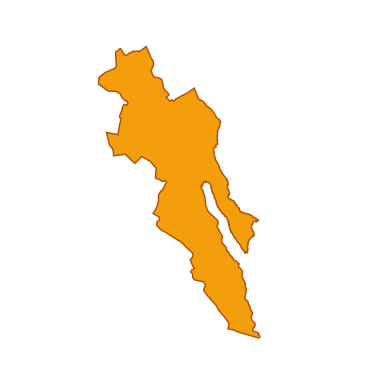 the district of Eid nor, Sogn og Fjordane, Norway, rotated 245°
{"feature_id": "86288312B38432559775747", "entity_name": "Eid nor", "entity_type": "district", "adm_level": 2, "iso_a3": "NOR", "parent_name": "Norway", "parent_adm1": "Sogn og Fjordane", "projection": "orthographic", "projection_center": [5.985, 61.929], "detail": "fine", "context": "isolated", "style": "filled", "palette": "amber", "viewbox_px": 384, "rotation_deg": 245, "n_neighbors": 0, "source": "geoboundaries", "source_scale": "gbopen_adm2", "svg_char_len": 6084}
<svg xmlns="http://www.w3.org/2000/svg" viewBox="0 0 384 384"><g transform="rotate(245 192 192)"><path d="M114.0,156.5L111.4,157.1L105.6,164.5L103.8,164.9L102.3,165.1L98.1,161.0L92.5,161.9L78.9,166.0L73.7,166.3L64.9,168.7L57.1,170.0L52.8,166.8L49.2,171.7L45.8,174.4L31.6,190.6L31.8,192.2L33.8,192.5L33.9,192.3L34.7,192.0L35.1,192.5L36.4,192.3L37.4,191.7L39.4,189.1L41.0,188.6L42.2,189.3L42.4,189.9L42.8,190.1L43.2,191.2L44.1,192.5L45.1,193.4L45.7,193.5L47.8,193.2L50.0,192.2L53.4,192.6L56.1,194.9L56.4,195.7L56.8,195.9L58.9,195.4L60.0,195.7L61.9,195.4L63.5,196.0L64.5,195.7L64.7,195.8L64.2,195.9L64.7,196.1L66.1,195.8L68.6,196.3L70.1,196.1L71.7,195.0L73.8,195.3L74.8,195.5L75.3,196.3L76.4,197.1L77.4,198.2L78.9,198.7L79.3,199.2L79.7,199.1L81.0,200.3L82.9,200.2L87.5,201.7L88.8,201.8L89.9,201.4L91.7,201.7L92.6,201.2L93.5,201.2L96.3,202.6L97.4,203.8L99.5,204.2L105.4,202.7L106.2,203.3L106.6,204.2L107.1,204.3L110.6,202.9L112.0,201.6L113.2,201.1L116.0,200.9L119.1,199.7L119.7,199.9L122.2,199.6L123.7,198.5L124.3,199.1L125.7,199.0L126.5,199.7L127.1,199.6L134.0,197.6L135.1,198.3L136.4,198.4L136.6,198.9L136.9,198.9L136.9,199.3L137.6,200.1L139.6,200.8L145.6,200.1L145.5,200.4L146.2,200.5L146.3,200.1L150.4,199.9L150.7,200.1L151.4,201.5L152.2,202.2L153.1,202.3L153.5,202.8L154.5,203.3L157.2,202.5L165.8,199.0L168.7,198.3L174.9,198.9L178.0,200.2L183.1,201.7L186.7,202.0L188.7,202.6L189.8,202.1L191.4,202.0L192.3,202.3L192.5,202.9L192.8,202.9L192.6,202.8L192.5,202.4L193.0,202.6L192.8,203.3L193.2,203.9L194.2,203.3L195.0,204.7L194.4,205.1L195.4,206.4L196.1,206.5L196.3,207.1L196.2,207.9L196.1,208.2L195.7,208.1L195.6,208.5L196.0,208.6L195.3,209.6L195.0,209.5L194.7,208.3L194.9,208.0L194.6,208.3L194.9,209.8L193.4,211.3L189.1,212.0L188.7,211.9L188.4,211.0L187.5,211.4L186.2,210.8L183.7,210.6L183.8,210.3L183.1,210.2L182.2,210.5L180.5,210.3L180.5,210.6L177.2,209.9L174.1,210.1L173.2,209.7L172.2,209.9L172.2,209.6L170.3,209.2L167.7,209.1L167.3,209.2L167.3,209.5L166.6,209.2L164.4,209.8L163.5,209.7L163.5,210.0L160.0,210.3L159.3,210.5L159.1,211.0L158.6,211.3L156.1,211.6L155.9,212.1L155.1,212.1L155.0,212.4L150.7,212.7L150.7,212.4L149.8,212.4L148.8,211.9L148.5,211.9L148.5,212.3L147.8,211.7L146.6,211.5L146.6,211.9L146.2,211.7L146.3,211.3L144.9,211.0L142.0,210.9L141.4,210.8L141.4,210.4L140.5,210.7L139.1,210.4L139.1,210.8L138.3,210.6L137.0,211.1L136.2,210.9L135.3,211.2L133.7,211.1L131.6,211.5L131.6,211.8L128.0,212.1L125.3,213.0L122.2,213.4L120.3,213.2L120.3,213.5L117.1,213.8L116.6,214.1L116.6,214.4L114.7,214.1L114.7,214.5L114.3,214.5L114.2,215.4L113.7,216.1L114.6,216.3L114.5,217.1L115.1,216.8L115.1,217.2L116.2,217.9L116.2,218.4L119.3,219.3L119.3,219.6L121.7,220.8L121.5,221.1L122.5,221.3L122.9,222.2L123.3,222.4L123.3,222.9L124.2,223.5L124.3,224.0L124.6,224.0L125.5,226.0L126.0,226.5L125.9,229.0L126.3,229.8L126.5,229.2L126.6,229.5L127.8,229.9L127.8,230.4L129.5,230.8L134.2,230.7L136.9,232.1L136.9,232.6L137.4,232.8L137.3,233.3L137.7,233.3L138.2,234.1L138.6,234.3L139.1,235.5L139.0,236.2L138.5,237.6L137.8,237.5L137.9,238.6L138.2,239.3L138.1,240.1L138.4,240.2L138.8,240.3L139.1,239.6L139.6,239.2L141.0,239.0L141.0,238.4L141.4,238.3L141.7,237.7L142.6,237.5L143.0,237.0L144.6,236.7L145.1,236.0L146.2,235.6L146.2,235.3L147.1,235.2L147.3,234.3L148.3,233.8L148.9,232.5L149.3,232.5L149.4,232.0L150.0,231.6L150.7,230.1L151.5,230.0L151.4,229.7L151.5,229.3L152.0,229.3L152.5,228.5L153.6,228.0L153.7,227.6L154.0,227.7L154.2,227.3L156.4,227.4L156.4,227.8L157.5,227.9L158.4,227.3L160.3,226.6L161.2,226.6L161.1,227.1L161.7,227.2L162.2,226.6L163.4,226.4L163.4,226.0L164.6,226.3L166.2,226.1L166.7,225.9L167.7,224.7L169.1,224.0L169.2,223.7L169.9,223.4L170.3,222.8L171.6,222.5L173.3,223.1L173.5,223.3L173.4,224.0L174.3,224.2L174.3,224.8L174.6,224.8L174.4,225.3L175.8,225.8L181.1,226.0L182.8,226.6L182.7,226.9L182.9,227.3L183.5,227.5L183.5,227.8L184.0,227.8L184.0,228.2L186.7,228.9L187.9,229.0L187.9,228.7L189.5,229.0L189.7,228.6L195.5,227.5L195.5,227.1L199.5,227.4L199.8,227.3L199.8,227.0L201.1,227.0L204.6,227.6L211.2,226.9L219.0,228.6L219.1,228.9L221.8,229.3L222.7,231.2L222.6,232.4L223.0,233.1L224.4,233.3L224.7,233.7L224.7,235.7L226.4,235.7L227.5,236.8L230.2,237.4L232.3,238.8L235.8,240.5L236.9,241.4L238.9,243.8L239.7,244.3L240.3,245.3L241.1,245.8L242.7,246.2L243.0,246.4L243.3,247.5L243.9,247.7L246.2,247.4L247.7,246.3L249.1,245.7L255.0,245.3L258.3,244.4L262.5,242.6L264.1,241.1L264.8,241.5L266.6,241.3L269.6,240.4L270.5,239.4L272.2,238.4L272.2,237.9L273.8,237.5L273.8,237.2L275.8,237.1L275.9,237.4L279.9,237.5L280.4,237.8L283.5,237.7L285.1,238.1L284.7,234.8L283.7,229.8L283.6,223.7L282.9,215.6L282.4,215.4L282.1,214.3L282.5,213.5L284.1,212.6L283.6,210.5L288.8,208.5L289.5,211.9L290.6,212.4L297.6,210.0L304.3,211.8L306.8,212.1L308.6,211.0L312.6,205.9L319.2,206.0L323.1,210.7L326.9,212.1L330.7,211.6L343.1,212.0L341.5,203.7L341.9,202.8L342.5,202.8L342.9,202.1L343.3,201.1L343.3,200.5L343.6,199.8L343.6,199.1L344.1,198.8L344.0,198.2L344.6,197.4L344.0,196.8L344.4,196.0L344.0,194.3L344.5,193.3L344.1,192.8L343.9,191.8L343.5,191.5L343.7,190.8L343.6,190.3L344.7,188.9L352.0,187.9L352.4,187.3L351.3,184.6L351.7,183.1L351.3,182.3L350.8,181.7L338.7,176.9L338.1,176.5L337.1,175.2L336.7,173.7L337.0,164.1L335.8,158.4L335.2,156.7L334.2,155.5L329.1,152.9L326.8,154.4L319.8,158.2L318.2,159.8L315.7,165.1L311.2,168.6L307.8,168.4L303.3,169.8L302.3,171.3L299.4,171.4L298.1,169.9L300.0,167.2L298.1,164.8L295.6,163.0L291.5,158.6L290.1,157.8L288.5,158.8L284.3,155.4L275.2,149.0L276.1,148.1L282.1,139.6L269.2,137.1L263.7,138.4L257.9,136.3L257.0,139.5L254.4,147.5L242.1,152.3L245.3,161.5L237.3,167.2L228.4,169.5L220.4,164.9L219.0,165.4L217.9,167.1L216.2,168.4L214.2,169.3L213.8,171.2L213.2,172.8L212.8,173.0L211.7,173.0L205.9,165.5L206.2,164.6L203.6,160.4L200.0,158.9L196.8,157.0L192.0,152.4L188.9,147.6L183.1,151.8L180.4,150.6L179.8,147.7L176.8,145.9L172.7,147.2L169.7,148.6L166.5,151.1L150.6,161.3L142.8,164.0L137.1,166.6L133.5,166.1L132.9,164.8L132.2,164.0L131.1,161.6L129.1,161.9L127.9,161.4L121.7,161.7L121.5,159.0L120.3,157.1L117.3,157.8L114.0,156.5Z" fill="#f59e0b" stroke="#b45309" stroke-width="1.5"/></g></svg>